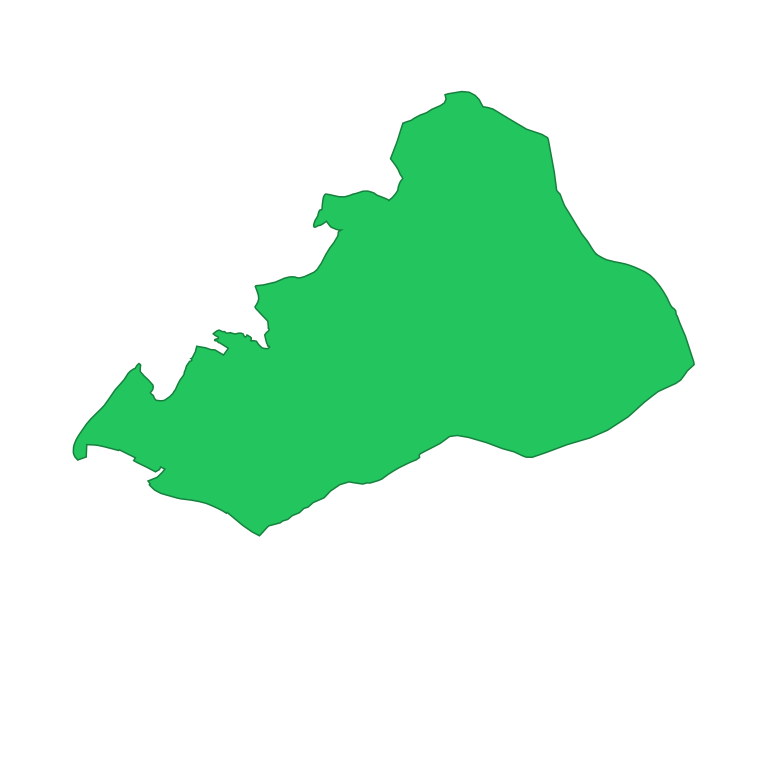 the district of Santana De Mures, Mures, Romania, rotated 140°
{"feature_id": "2599482B65561652185041", "entity_name": "Santana De Mures", "entity_type": "district", "adm_level": 2, "iso_a3": "ROU", "parent_name": "Romania", "parent_adm1": "Mures", "projection": "natural_earth1", "projection_center": [24.515, 46.596], "detail": "fine", "context": "isolated", "style": "filled", "palette": "green", "viewbox_px": 768, "rotation_deg": 140, "n_neighbors": 0, "source": "geoboundaries", "source_scale": "gbopen_adm2", "svg_char_len": 5271}
<svg xmlns="http://www.w3.org/2000/svg" viewBox="0 0 768 768"><g transform="rotate(140 384 384)"><path d="M151.3,566.4L152.3,564.4L153.3,562.4L155.1,561.5L157.0,560.5L161.8,561.0L170.9,563.7L176.8,564.4L180.0,565.5L183.3,566.7L189.7,568.1L193.7,568.5L199.8,571.0L200.7,571.0L201.7,571.7L206.4,568.8L217.9,561.4L230.0,554.7L234.2,552.4L234.4,547.8L234.7,544.1L235.3,539.2L236.9,533.9L237.1,531.0L237.6,529.4L238.5,529.1L240.9,528.7L243.6,527.5L246.2,525.9L249.1,523.4L253.2,522.2L257.6,521.5L262.4,521.4L262.4,522.5L263.9,525.7L265.8,529.2L268.0,533.1L268.9,536.8L271.0,540.2L272.6,542.4L276.3,545.3L278.7,546.2L282.6,547.8L285.8,549.4L289.1,550.5L293.9,552.7L298.2,556.5L303.7,563.7L306.4,566.9L307.3,567.1L308.3,566.9L310.0,566.2L311.6,565.0L315.1,561.9L317.0,560.0L319.1,557.8L320.1,557.5L320.6,558.2L321.5,558.5L322.4,558.2L323.9,557.4L326.8,555.3L329.2,554.4L331.2,553.8L333.3,552.7L335.8,550.9L336.4,550.0L336.6,549.1L336.1,548.5L334.7,548.0L332.8,547.7L330.5,546.4L327.5,545.9L323.5,545.7L323.8,541.1L323.8,538.3L321.1,533.0L319.6,531.0L317.8,529.5L320.7,529.9L321.5,529.6L322.8,528.2L324.6,526.9L327.1,526.1L331.2,524.6L337.9,523.1L344.8,520.8L349.9,518.7L354.3,516.8L357.5,515.9L361.6,514.7L365.6,514.6L370.9,516.0L375.7,517.3L380.1,519.3L381.9,520.7L383.4,523.2L386.1,525.7L388.4,527.2L392.9,529.3L395.1,529.8L398.1,530.8L401.6,531.8L413.2,537.7L418.9,541.6L419.9,541.5L421.2,537.6L423.2,532.7L425.3,529.7L427.8,528.0L430.7,526.8L433.1,526.1L433.7,524.6L432.7,506.7L436.1,501.8L436.8,501.3L436.7,500.7L436.8,499.8L437.7,499.2L439.2,498.9L440.8,499.0L443.8,498.3L445.5,495.1L447.5,491.0L447.7,489.9L448.1,488.7L448.6,488.1L448.5,487.6L447.6,486.5L448.1,485.8L449.8,485.7L451.2,486.5L453.0,488.4L454.2,490.1L454.7,494.8L454.5,496.9L454.3,498.8L455.2,500.0L456.5,501.5L458.1,502.2L458.1,502.9L457.0,503.6L456.1,504.4L456.1,505.8L456.7,507.5L457.1,508.9L457.5,509.6L458.9,509.0L460.0,509.1L460.4,509.9L460.2,511.4L459.8,512.9L460.8,514.8L462.7,516.4L465.4,517.7L466.5,518.7L468.7,522.1L470.5,523.1L471.9,524.2L472.3,525.2L472.4,526.6L474.0,527.8L474.8,529.6L475.7,531.3L477.5,532.0L479.2,532.2L481.0,532.3L482.6,532.2L482.1,529.7L480.9,526.6L481.2,525.6L482.0,525.4L483.4,526.2L485.0,526.8L485.7,526.3L485.5,525.6L484.2,524.3L484.2,522.3L483.3,520.9L481.8,516.1L480.3,511.5L483.8,510.5L488.3,509.4L491.6,518.8L494.6,521.7L497.4,526.4L503.2,533.3L507.7,530.0L514.3,527.2L515.6,527.6L515.5,526.6L515.9,525.8L517.0,525.6L517.9,526.2L519.1,526.1L520.4,525.7L523.5,524.9L526.8,522.7L529.6,521.3L530.1,520.5L531.4,519.8L533.3,519.2L534.6,518.9L535.9,518.6L538.1,518.0L542.4,516.2L547.5,513.7L549.8,513.2L552.0,512.4L553.6,512.3L556.1,512.0L559.4,512.3L562.0,512.5L563.4,513.0L564.8,513.9L566.4,515.2L567.3,516.1L569.0,518.0L569.1,519.6L568.9,521.5L568.3,522.6L568.2,524.5L568.8,525.8L568.4,527.7L567.0,527.8L564.7,528.4L562.6,530.1L561.7,531.8L561.9,538.4L562.6,544.5L562.7,550.4L559.9,553.4L558.3,554.8L558.2,556.1L558.6,557.2L560.8,557.1L564.9,555.9L566.2,556.5L570.1,556.9L573.2,556.6L580.1,554.4L587.7,553.2L593.5,552.4L594.6,552.1L604.7,549.3L611.6,547.5L614.4,547.1L630.8,545.7L637.2,544.7L650.7,541.0L655.9,539.1L660.5,536.6L662.7,534.9L665.1,532.3L666.2,530.9L666.9,529.4L667.6,526.8L667.5,522.6L664.6,521.6L659.0,519.5L650.7,528.6L645.3,523.7L642.7,521.0L638.3,515.3L630.0,503.6L629.1,503.8L621.9,487.3L625.0,486.2L623.7,482.7L619.4,473.1L615.5,463.6L611.0,462.8L608.4,463.9L606.5,459.7L610.4,458.9L616.3,458.4L618.0,458.4L627.1,461.4L627.3,457.7L628.6,457.6L628.3,453.5L627.9,450.4L626.6,447.0L625.2,443.6L622.1,438.9L619.2,434.7L616.1,430.1L613.6,426.8L609.6,422.5L605.9,418.5L601.2,412.8L597.1,407.1L594.5,402.3L591.6,396.3L590.3,393.3L588.9,389.8L588.6,388.8L587.8,386.3L586.7,386.5L583.6,369.3L583.1,366.5L581.6,361.0L580.1,355.5L578.8,352.2L577.0,347.8L572.7,348.3L569.1,348.8L566.1,349.2L563.5,349.4L552.6,344.3L550.0,344.3L544.7,342.1L538.9,342.1L531.5,339.8L525.3,340.2L521.3,338.5L514.5,338.7L503.0,335.3L493.8,336.4L482.6,335.3L473.7,331.5L470.9,328.1L464.6,321.0L460.5,319.1L458.2,317.0L449.9,313.5L446.7,312.6L438.9,312.1L432.1,311.2L426.3,310.2L419.7,308.6L414.2,307.2L408.0,305.2L403.9,304.9L402.9,306.8L401.1,307.3L379.3,302.4L371.6,301.9L367.4,301.6L361.0,297.5L353.6,288.8L343.1,273.1L334.7,258.2L328.0,248.5L324.1,240.1L323.2,238.4L322.2,236.7L317.6,232.6L304.1,227.4L282.6,219.8L260.8,210.3L242.3,204.9L218.1,201.9L196.1,202.7L184.6,202.3L178.8,202.0L171.0,199.9L160.2,196.9L154.3,196.3L148.6,197.6L143.1,199.1L134.0,199.5L132.6,201.6L122.5,226.6L118.4,240.0L115.7,247.6L115.7,248.6L115.2,249.9L113.5,252.6L113.4,255.0L114.0,257.4L113.9,259.7L113.4,262.0L112.7,264.6L111.7,268.3L110.6,274.9L109.9,281.4L109.7,287.7L109.7,290.5L110.3,296.3L112.1,302.3L115.2,309.0L117.0,312.6L119.8,317.5L122.2,321.1L125.9,325.9L129.0,329.6L131.0,332.5L133.5,335.8L135.3,339.6L137.2,344.5L138.0,346.9L137.7,346.9L138.0,348.8L137.8,352.1L137.2,356.5L136.4,362.0L136.2,367.4L136.0,372.4L135.2,377.0L134.3,383.2L132.6,393.9L131.1,404.5L130.9,405.1L129.0,410.9L127.1,416.2L127.2,417.8L127.3,420.0L127.3,421.3L117.4,436.8L107.4,454.4L101.1,465.5L100.4,467.5L102.6,473.7L111.0,487.5L118.1,507.7L123.7,524.4L126.7,529.0L130.0,532.8L128.3,540.7L128.7,546.6L131.2,552.8L136.5,558.1L148.3,565.1L151.3,566.4Z" fill="#22c55e" stroke="#15803d" stroke-width="1.5"/></g></svg>